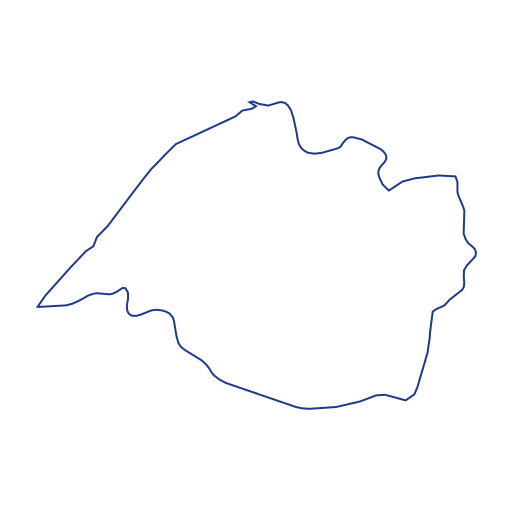 outline of Mahaica-Berbice, rotated 268°
{"feature_id": "GUY-679", "entity_name": "Mahaica-Berbice", "entity_type": "Region", "adm_level": 1, "iso_a3": "GUY", "parent_name": "Guyana", "parent_adm1": "", "projection": "albers", "projection_center": [-57.805, 6.276], "detail": "fine", "context": "isolated", "style": "outline", "palette": "blue", "viewbox_px": 512, "rotation_deg": 268, "n_neighbors": 0, "source": "natural_earth", "source_scale": "10m", "svg_char_len": 1855}
<svg xmlns="http://www.w3.org/2000/svg" viewBox="0 0 512 512"><g transform="rotate(268 256 256)"><path d="M212.9,36.0L223.9,44.2L250.8,70.0L266.8,86.2L271.4,93.8L280.5,97.7L291.4,109.1L320.1,132.3L336.0,145.3L346.6,154.4L353.4,161.6L360.9,169.2L370.7,179.9L381.1,204.6L396.3,240.4L401.8,247.4L403.4,257.2L405.7,261.2L409.9,255.0L410.6,258.6L407.9,264.3L405.9,273.5L408.7,284.1L408.9,287.0L407.9,290.3L405.5,293.1L400.3,296.1L393.0,298.2L375.9,301.2L372.9,301.4L367.3,302.5L364.7,303.6L362.1,305.1L359.3,308.2L357.4,311.5L356.2,318.0L356.8,325.4L360.8,341.6L361.9,343.8L363.8,345.4L365.9,346.8L369.5,350.2L370.8,352.3L371.4,354.8L371.2,357.6L368.8,365.7L358.4,384.3L355.8,387.0L353.6,388.8L351.0,389.7L348.2,389.5L345.3,387.7L341.4,383.9L339.4,382.5L337.0,381.4L333.5,381.1L329.1,382.4L322.8,385.2L316.8,391.1L325.3,405.0L328.0,417.0L330.1,441.1L328.6,458.1L322.9,459.9L312.7,459.6L309.2,460.4L297.6,464.9L293.8,465.8L271.2,464.3L265.4,466.1L261.2,468.7L258.5,471.9L255.5,474.8L251.9,476.0L248.0,475.2L239.1,466.3L234.5,463.4L227.4,462.9L222.6,463.2L218.3,462.8L215.0,460.9L205.5,447.9L200.0,442.5L196.5,434.1L194.3,430.7L173.1,427.2L169.1,426.9L153.2,424.0L119.2,412.7L112.1,409.4L106.5,400.5L112.8,380.1L112.5,371.2L107.0,354.9L102.3,330.7L101.4,304.2L102.2,296.5L103.7,290.6L130.1,221.6L133.9,215.0L138.1,209.9L141.6,207.3L145.0,205.5L149.3,202.4L153.8,197.8L164.2,182.1L167.7,178.0L169.8,176.5L172.2,175.3L178.9,173.7L193.6,171.8L197.3,170.8L201.5,167.6L203.6,164.0L204.9,160.1L205.5,156.5L205.7,152.9L205.2,149.3L201.2,138.1L200.3,134.1L200.7,129.5L203.0,126.7L206.1,125.4L209.6,125.2L213.1,125.6L216.5,126.4L220.3,126.8L224.0,126.7L228.4,124.3L228.7,121.5L224.9,115.2L223.4,111.8L222.8,108.4L224.4,95.1L223.6,90.8L222.1,86.4L217.9,78.5L214.9,71.4L213.3,64.6L212.7,36.8L212.9,36.0L212.9,36.0Z" fill="none" stroke="#1e3a8a" stroke-width="2"/></g></svg>